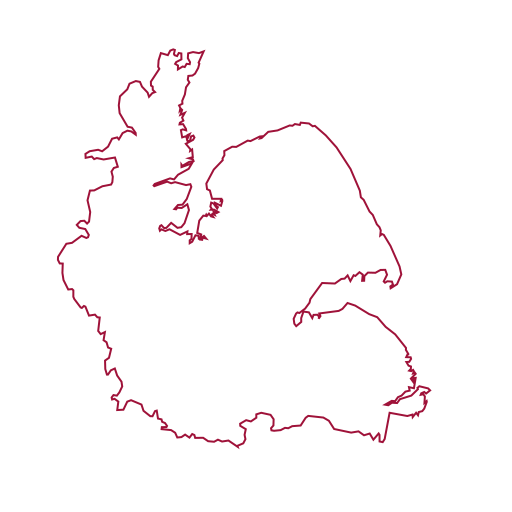 Gujarat, Equal Earth projection, rotated 190°
{"feature_id": "IND-3264", "entity_name": "Gujarat", "entity_type": "state/province", "adm_level": 1, "iso_a3": "IND", "parent_name": "India", "parent_adm1": "", "projection": "equal_earth", "projection_center": [71.839, 22.391], "detail": "fine", "context": "isolated", "style": "outline", "palette": "rose", "viewbox_px": 512, "rotation_deg": 190, "n_neighbors": 0, "source": "natural_earth", "source_scale": "10m", "svg_char_len": 6035}
<svg xmlns="http://www.w3.org/2000/svg" viewBox="0 0 512 512"><g transform="rotate(190 256 256)"><path d="M237.2,92.6L242.5,88.1L242.0,86.0L236.0,83.7L236.2,77.9L234.6,73.8L236.0,69.3L241.4,65.8L240.9,64.9L251.1,69.5L257.2,67.4L261.6,68.5L265.0,65.8L271.0,65.3L276.5,67.8L284.3,66.3L285.6,69.0L287.9,69.6L290.0,65.6L294.8,67.8L298.0,64.7L302.0,63.6L304.9,67.9L309.4,69.8L318.9,69.1L319.0,71.1L314.5,72.0L314.1,73.2L316.6,75.7L319.6,76.4L320.7,78.7L324.3,78.9L326.9,86.5L328.5,85.7L330.1,80.2L332.3,79.9L339.9,84.0L343.0,89.8L354.0,92.3L357.5,90.2L359.9,81.6L365.9,80.2L366.3,88.7L370.5,90.8L372.8,89.7L373.6,91.6L372.2,94.3L368.8,94.3L366.9,97.9L365.1,104.3L366.6,108.8L372.0,114.2L375.5,120.7L379.1,118.2L381.2,113.5L382.2,113.3L384.8,118.5L386.5,126.8L383.1,130.2L382.5,139.5L385.8,140.2L388.2,145.1L391.5,146.6L391.6,154.8L395.4,152.1L398.4,154.8L399.2,168.3L401.6,168.1L404.4,170.3L410.1,168.3L415.2,176.5L416.8,176.9L418.5,174.6L419.8,174.9L427.5,182.1L428.8,184.1L429.9,190.5L431.4,191.5L435.1,190.4L441.4,198.9L443.7,205.7L445.0,215.0L448.0,214.6L450.4,217.8L450.8,220.8L444.9,235.1L439.5,237.0L431.3,245.6L426.2,244.3L424.7,245.3L424.3,247.7L428.8,252.9L434.9,253.1L437.9,255.5L434.9,259.9L431.2,260.9L428.0,258.6L426.4,260.9L426.9,270.5L431.6,281.6L430.9,291.6L426.7,292.5L419.4,298.0L411.1,301.2L410.3,303.8L410.8,309.2L413.0,314.0L411.3,318.0L407.6,319.9L412.0,328.5L422.8,324.6L429.8,324.8L432.2,323.3L435.0,325.4L440.8,323.1L441.7,326.9L438.0,330.3L429.9,333.2L425.7,332.4L420.7,338.0L418.1,346.5L413.3,348.7L411.3,347.0L408.7,353.9L404.4,357.1L400.4,357.0L395.5,354.6L395.9,356.3L400.5,360.9L404.9,361.0L415.1,373.0L417.3,380.6L417.7,389.6L411.7,397.8L410.5,403.7L404.8,407.4L400.5,407.3L397.7,403.0L391.1,398.1L389.0,394.2L386.4,398.4L383.9,399.9L386.5,401.7L387.2,404.9L389.0,405.6L389.8,409.4L383.7,423.5L385.2,425.3L385.9,431.8L384.9,439.3L377.7,438.5L376.1,443.4L373.4,445.1L371.7,444.8L371.9,440.7L371.0,439.6L368.4,439.2L367.3,442.5L364.7,442.5L363.6,436.7L368.3,433.1L369.0,431.2L365.9,430.0L365.3,426.2L361.1,429.9L359.0,429.7L357.7,433.2L354.6,433.4L354.6,435.4L357.5,439.0L358.0,443.8L353.4,445.9L347.4,445.9L343.1,448.4L346.1,436.4L345.2,435.6L345.6,431.0L347.7,425.0L349.9,422.7L353.9,421.6L353.8,417.7L351.7,415.3L354.2,410.0L354.1,402.7L355.6,396.0L354.9,393.2L357.9,390.9L356.2,388.6L356.2,385.8L355.0,387.6L354.1,387.0L355.0,381.9L351.0,384.6L352.8,379.4L351.0,376.7L354.1,374.0L354.2,372.3L350.7,373.2L347.0,368.9L346.6,367.6L350.1,368.0L351.8,366.9L349.3,360.0L345.9,361.7L345.1,360.6L344.6,363.1L342.5,364.6L344.2,358.5L343.3,357.2L341.0,358.0L340.7,362.5L338.6,363.7L337.2,362.0L338.1,359.5L344.6,354.3L339.1,349.7L339.1,348.1L337.4,349.8L335.4,342.4L339.1,340.6L334.9,340.3L334.0,338.7L338.4,336.9L344.2,332.0L345.3,333.1L344.8,330.6L335.2,336.1L337.4,330.2L346.9,322.5L350.0,317.2L354.1,317.5L368.2,309.4L369.1,307.7L368.3,307.1L356.4,313.8L352.2,312.9L348.5,314.7L337.2,313.7L333.1,315.3L331.7,312.9L334.1,300.1L337.3,293.8L341.7,292.7L344.5,288.1L342.8,288.1L341.9,289.9L337.5,290.4L332.6,295.0L330.0,289.6L332.1,275.9L334.6,271.4L338.2,270.1L345.3,273.9L349.2,268.1L351.4,267.6L354.5,269.9L355.6,269.0L356.1,266.4L355.0,264.2L353.8,265.8L349.6,264.9L345.8,267.3L334.4,263.6L327.8,268.3L327.6,265.6L323.2,266.5L322.5,261.6L324.0,259.9L323.5,257.1L321.3,259.0L319.2,265.9L316.0,265.9L315.3,263.0L313.8,262.5L311.8,262.6L311.7,264.8L308.1,264.5L310.7,266.7L313.8,263.6L313.7,267.7L317.9,268.5L318.0,281.0L314.9,286.6L312.6,286.7L312.2,288.1L311.3,287.0L309.7,289.6L307.2,287.2L304.9,287.0L306.9,288.9L306.1,290.1L303.7,289.3L305.3,292.1L302.3,291.4L300.7,292.7L305.4,294.4L308.6,293.7L307.9,295.0L309.5,296.7L309.4,300.8L307.0,300.4L302.5,296.0L302.0,297.5L304.3,298.8L305.4,301.2L299.2,299.4L298.7,304.3L299.0,305.2L300.3,304.1L300.3,306.3L309.2,304.7L312.8,312.5L315.8,313.3L317.5,318.7L312.6,333.8L305.4,344.6L305.9,346.2L304.6,349.8L305.5,353.8L298.4,359.5L294.4,360.0L284.2,368.2L281.4,368.2L273.1,374.3L271.0,374.9L272.2,372.6L271.0,373.1L265.5,380.4L256.6,383.4L245.5,390.4L242.7,390.6L240.6,392.7L235.6,392.7L235.1,395.1L226.8,395.7L222.7,393.6L220.6,394.4L208.2,386.9L195.5,376.9L178.0,358.1L165.1,338.4L162.9,332.0L159.7,330.0L151.9,319.5L148.1,316.7L142.5,308.2L139.4,305.8L137.6,302.9L137.2,297.8L135.7,299.5L133.8,299.0L125.3,289.3L112.8,270.6L109.7,263.1L112.2,252.7L117.8,247.6L118.4,249.4L116.2,251.7L117.7,254.4L122.3,253.9L124.3,252.1L125.8,253.1L123.7,260.3L126.3,264.8L130.9,263.9L135.5,260.2L142.9,259.1L145.8,255.0L145.2,250.4L147.2,250.0L147.6,256.2L151.3,258.0L154.7,253.6L156.5,254.0L158.7,247.7L162.4,252.8L164.8,249.1L168.0,248.2L173.5,242.6L186.2,240.9L195.0,223.0L195.2,219.3L198.5,212.7L203.4,207.4L205.4,207.6L206.5,206.3L208.0,200.7L206.5,196.0L204.2,193.9L200.0,198.9L200.7,202.7L199.6,209.5L194.1,209.7L189.8,204.6L189.1,208.0L185.4,208.8L183.3,207.2L183.4,205.1L182.1,208.0L183.7,210.4L165.0,216.3L161.7,218.9L157.7,225.6L149.7,224.4L134.4,218.4L126.0,216.8L116.0,208.7L105.3,203.0L92.3,191.5L92.1,189.6L89.0,186.0L88.8,184.7L89.6,185.8L90.5,182.5L86.1,183.1L85.4,181.6L86.7,178.4L89.5,177.7L86.7,174.5L84.2,174.1L83.9,171.6L85.2,169.7L83.1,169.6L81.5,171.1L80.5,169.9L80.9,167.7L79.3,168.7L78.3,167.7L82.2,162.1L79.2,159.2L79.8,163.0L77.6,163.7L77.5,153.2L82.6,153.4L81.3,150.1L85.3,148.4L88.4,143.8L91.7,141.6L93.8,137.2L97.2,136.9L103.1,132.0L99.8,132.0L96.7,135.1L91.5,135.7L89.4,140.0L78.8,145.5L73.4,153.0L74.1,154.1L72.5,156.1L63.5,155.5L61.2,153.9L64.6,150.1L66.7,151.3L69.4,149.5L69.7,147.9L67.2,148.9L65.3,147.0L64.6,140.5L62.8,142.8L62.5,142.0L63.8,134.9L65.3,132.1L68.6,130.6L68.8,127.3L71.1,129.4L73.7,124.6L74.4,127.0L79.2,124.7L97.2,124.8L97.5,98.1L98.9,94.7L102.1,94.8L103.3,101.3L104.4,102.5L108.5,95.5L113.2,100.9L118.5,98.2L124.6,101.1L131.6,98.6L149.0,99.2L155.6,106.4L161.6,108.6L176.8,107.6L179.0,105.3L182.6,96.8L190.8,94.7L194.3,92.0L197.6,91.8L201.5,88.8L207.9,87.0L210.5,87.0L211.3,89.0L209.4,92.1L210.3,98.3L214.1,102.1L223.6,102.5L228.2,100.1L227.6,96.8L232.3,92.2L237.2,92.6Z" fill="none" stroke="#9f1239" stroke-width="2"/></g></svg>